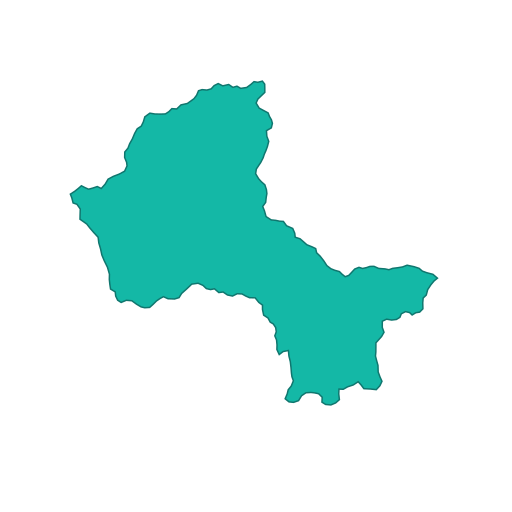 the district of Carangola, Minas Gerais, Brazil, rotated 237°
{"feature_id": "56859067B57356362865245", "entity_name": "Carangola", "entity_type": "district", "adm_level": 2, "iso_a3": "BRA", "parent_name": "Brazil", "parent_adm1": "Minas Gerais", "projection": "mercator", "projection_center": [-42.102, -20.708], "detail": "fine", "context": "isolated", "style": "filled", "palette": "teal", "viewbox_px": 512, "rotation_deg": 237, "n_neighbors": 0, "source": "geoboundaries", "source_scale": "gbopen_adm2", "svg_char_len": 3355}
<svg xmlns="http://www.w3.org/2000/svg" viewBox="0 0 512 512"><g transform="rotate(237 256 256)"><path d="M433.3,238.6L429.8,234.5L427.4,230.5L427.4,225.7L424.9,221.0L421.5,216.0L419.0,211.2L416.2,207.4L414.7,202.6L410.2,199.5L405.0,198.5L401.8,196.9L398.7,192.0L399.2,185.9L400.5,179.7L401.0,173.8L398.4,168.6L396.9,163.0L400.7,160.7L401.8,156.4L403.2,152.0L406.2,150.0L410.0,147.8L409.4,143.5L409.0,139.2L409.0,134.0L405.1,133.2L400.1,131.5L396.9,134.0L391.1,134.2L386.5,131.0L382.7,128.4L378.5,130.1L374.9,131.5L370.0,131.9L364.1,132.7L357.7,133.8L352.6,131.3L346.6,129.5L340.9,127.3L335.0,126.2L327.5,125.3L320.6,123.2L316.2,120.2L312.3,118.2L307.5,116.0L302.6,118.4L298.8,116.5L294.3,115.9L290.5,117.6L289.5,123.1L286.1,127.5L280.8,129.5L275.9,131.9L273.2,134.5L270.8,138.8L271.5,143.3L272.5,148.1L272.6,152.4L272.3,156.2L268.1,158.9L264.3,164.3L263.0,168.8L265.1,173.2L266.1,179.7L267.4,186.8L264.7,192.6L260.3,195.5L255.7,196.6L252.6,199.6L251.1,203.3L245.6,204.9L243.7,208.8L238.9,210.8L235.2,214.5L234.6,219.7L231.8,223.6L228.0,225.6L224.6,227.8L221.4,232.5L215.5,233.1L211.3,234.7L207.6,232.3L202.2,230.2L197.5,232.3L192.8,231.9L189.6,233.5L185.2,233.5L181.4,231.7L178.8,228.3L174.4,227.5L170.0,225.2L166.2,222.6L160.7,221.8L161.1,226.7L159.1,231.7L154.1,229.1L148.6,227.2L143.4,224.6L138.6,222.0L135.2,220.4L131.0,219.4L127.7,214.7L126.3,210.2L123.3,207.0L120.4,202.7L115.7,204.2L112.8,207.8L111.5,212.9L114.0,218.1L114.1,223.4L111.6,227.8L109.3,230.6L106.4,233.5L101.5,234.6L97.5,231.7L93.6,233.5L90.3,237.7L89.4,242.8L90.1,247.7L95.3,250.3L99.2,253.1L96.7,256.6L96.4,261.6L94.9,267.3L94.9,273.2L90.7,273.9L86.0,274.2L82.3,279.3L78.4,284.1L79.7,289.2L82.3,293.4L86.9,294.1L92.2,295.3L97.8,298.7L102.9,300.3L107.0,301.7L110.2,304.2L114.4,307.0L117.9,309.3L118.9,313.1L120.1,317.5L122.3,321.8L127.3,323.0L132.5,326.4L131.9,331.1L128.4,334.9L126.3,339.2L126.2,343.3L128.4,346.4L127.9,351.1L124.9,354.0L121.5,354.8L121.4,359.1L119.8,362.7L120.8,367.2L126.0,370.4L129.7,373.3L130.5,377.5L134.3,381.7L136.7,387.2L138.1,391.8L138.6,396.1L144.3,394.4L149.0,390.1L152.7,387.3L156.8,386.1L160.9,382.8L166.0,377.7L167.0,373.0L169.1,368.2L171.2,363.9L172.1,360.0L174.9,357.2L178.8,352.1L183.1,349.3L185.2,345.9L186.1,342.3L187.5,338.6L190.4,336.2L191.3,331.7L190.1,327.0L189.2,323.2L190.1,319.5L194.1,318.2L197.5,317.5L201.1,314.3L204.5,311.9L209.3,310.2L214.9,310.2L221.0,309.7L225.7,308.6L229.7,310.1L233.3,307.9L237.7,304.8L242.4,303.5L246.5,302.3L250.4,299.1L254.0,300.9L259.1,301.8L264.7,298.1L270.1,297.8L272.3,294.8L275.1,292.0L278.0,288.4L283.6,285.9L289.3,287.7L293.9,288.6L295.7,293.3L299.6,296.5L302.4,299.1L306.0,300.9L310.9,302.2L315.5,300.9L319.3,300.3L325.2,300.5L328.7,303.6L330.2,307.0L331.9,311.0L334.5,315.5L336.9,318.5L338.9,321.6L341.6,325.2L345.2,329.1L350.5,330.3L355.4,333.0L355.1,338.6L358.3,342.0L361.8,343.1L365.7,343.3L369.4,344.1L373.2,342.0L378.3,339.2L384.2,339.4L386.6,343.1L387.4,347.2L388.4,352.5L392.3,355.0L395.4,356.9L399.2,356.6L400.7,352.1L403.3,349.3L402.7,345.1L402.4,340.0L404.9,334.5L408.8,332.5L410.0,328.5L414.7,326.5L416.8,320.8L421.2,318.2L421.7,313.7L420.6,309.4L421.9,305.2L424.9,301.4L425.9,297.8L423.2,293.8L421.7,289.6L421.3,281.5L423.6,275.4L422.5,269.6L425.4,265.7L424.5,261.6L424.5,257.4L427.0,253.2L430.2,248.5L433.6,244.8L433.3,238.6Z" fill="#14b8a6" stroke="#0f766e" stroke-width="1.5"/></g></svg>